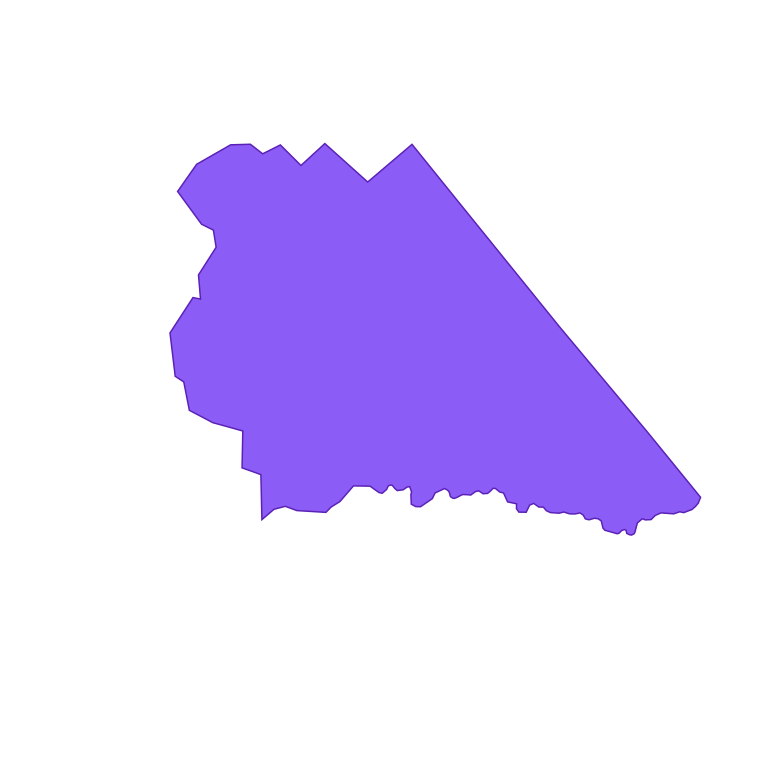 the district of Rabun, Georgia, United States of America, rotated 52°
{"feature_id": "52423323B22473202242420", "entity_name": "Rabun", "entity_type": "district", "adm_level": 2, "iso_a3": "USA", "parent_name": "United States of America", "parent_adm1": "Georgia", "projection": "albers", "projection_center": [-83.284, 34.858], "detail": "fine", "context": "isolated", "style": "filled", "palette": "violet", "viewbox_px": 768, "rotation_deg": 52, "n_neighbors": 0, "source": "geoboundaries", "source_scale": "gbopen_adm2", "svg_char_len": 1669}
<svg xmlns="http://www.w3.org/2000/svg" viewBox="0 0 768 768"><g transform="rotate(52 384 384)"><path d="M668.2,204.3L583.6,206.0L446.7,210.5L281.1,213.3L212.4,214.4L214.8,272.5L158.1,282.6L160.7,314.9L131.8,318.5L127.9,337.9L112.8,341.7L101.1,357.6L95.5,396.3L105.2,428.1L145.8,429.4L157.7,423.7L172.9,432.1L183.8,463.0L204.1,476.3L198.3,481.3L212.0,521.2L249.4,543.8L259.1,540.5L284.9,553.6L309.1,542.7L334.1,524.2L362.7,547.5L379.6,536.8L415.7,563.7L415.0,547.8L419.6,537.1L430.1,530.6L449.4,508.8L448.4,501.5L449.5,491.0L445.5,470.8L455.9,457.9L466.4,454.8L469.0,452.7L468.7,446.8L467.1,443.8L467.1,442.4L467.7,441.1L468.8,439.9L470.8,439.8L473.1,439.8L476.1,439.2L479.2,434.0L479.4,429.4L480.7,426.9L486.0,428.7L487.7,430.9L495.5,436.5L500.1,434.5L503.2,430.8L504.1,416.5L501.3,410.8L503.7,400.6L507.0,399.2L509.4,399.2L511.8,400.2L513.6,401.0L516.1,400.2L517.3,399.2L518.1,397.1L519.4,390.3L522.0,387.1L524.9,384.0L525.1,378.1L526.6,375.1L531.5,373.5L534.0,369.7L533.9,365.8L533.3,362.3L535.0,360.5L540.3,359.3L543.5,356.9L553.0,359.2L560.0,353.3L563.8,356.4L568.0,356.6L572.6,350.9L569.1,343.8L570.3,339.5L576.2,337.8L579.2,334.2L583.7,334.1L587.7,332.1L593.6,325.6L595.6,321.1L600.6,317.7L604.0,313.5L606.3,308.9L610.0,307.7L614.2,308.4L617.2,306.1L619.4,300.8L622.1,298.2L625.6,297.1L632.5,300.2L635.2,300.0L645.6,292.4L646.3,290.6L645.8,287.0L646.7,284.2L648.2,283.3L651.2,284.7L653.8,283.4L655.4,282.0L656.0,279.3L655.3,277.5L653.5,275.2L649.5,269.9L649.2,263.5L652.0,261.7L655.3,257.0L654.6,251.1L656.1,245.1L664.7,235.6L666.8,229.6L669.9,227.0L672.5,218.6L672.3,214.3L671.4,209.8L668.2,204.3Z" fill="#8b5cf6" stroke="#5b21b6" stroke-width="1.5"/></g></svg>